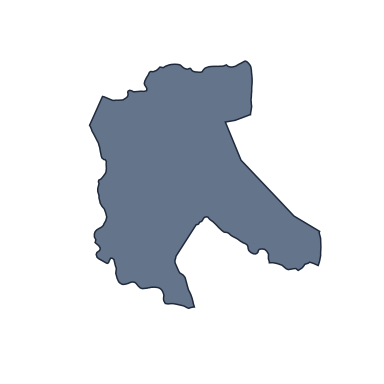 Grace, Laborie, Saint Lucia (Robinson projection), rotated 329°
{"feature_id": "8701671B7232350225457", "entity_name": "Grace", "entity_type": "district", "adm_level": 2, "iso_a3": "LCA", "parent_name": "Saint Lucia", "parent_adm1": "Laborie", "projection": "robinson", "projection_center": [-60.967, 13.776], "detail": "fine", "context": "isolated", "style": "filled", "palette": "slate", "viewbox_px": 384, "rotation_deg": 329, "n_neighbors": 0, "source": "geoboundaries", "source_scale": "gbopen_adm2", "svg_char_len": 5217}
<svg xmlns="http://www.w3.org/2000/svg" viewBox="0 0 384 384"><g transform="rotate(329 192 192)"><path d="M134.8,291.8L135.2,290.2L135.6,288.6L136.3,286.6L137.4,282.9L138.1,279.5L138.4,277.0L138.6,274.0L139.3,271.3L140.8,266.1L142.0,261.8L141.9,260.3L141.6,258.6L140.3,255.9L139.9,255.2L139.8,254.2L139.9,252.6L140.3,249.2L141.0,244.0L141.8,242.4L142.4,241.6L143.6,240.6L145.2,238.8L146.0,238.4L147.0,237.9L178.7,222.2L180.4,222.8L181.2,222.8L183.0,221.8L184.7,222.1L185.6,222.0L186.4,221.6L187.7,220.9L189.5,220.1L190.4,220.3L191.8,220.9L192.7,221.7L192.9,223.2L193.0,224.2L193.3,225.1L193.6,225.8L193.9,226.6L194.3,227.4L194.6,228.1L194.8,228.7L195.0,229.4L195.2,230.2L195.5,231.2L195.8,232.4L196.0,233.3L196.3,234.6L196.6,236.2L196.9,237.4L197.3,238.4L197.4,239.0L197.7,240.1L198.0,240.9L198.3,241.7L198.5,242.2L198.8,242.8L199.4,243.4L199.9,243.8L200.7,244.3L201.2,244.9L201.7,245.4L201.9,245.8L202.4,246.9L202.6,247.6L202.9,248.6L203.0,249.1L203.4,249.9L203.8,250.7L204.2,251.4L204.5,251.9L205.0,252.6L205.5,253.5L206.1,254.4L206.7,255.5L207.2,256.5L207.7,257.9L208.1,258.8L208.5,259.7L209.0,260.5L209.4,261.4L209.9,262.2L210.5,262.8L211.3,264.2L211.7,264.9L211.9,265.6L212.0,266.2L212.0,266.5L211.8,267.4L211.6,268.1L211.4,268.5L211.1,269.2L210.9,269.7L210.7,270.6L210.6,271.1L210.7,271.9L210.7,272.4L211.0,273.2L211.2,273.7L211.5,274.6L212.0,275.3L212.5,276.1L213.1,276.8L213.7,277.2L214.3,277.7L215.1,277.9L215.9,278.0L216.7,277.8L217.6,277.5L218.4,276.6L219.2,276.1L220.0,275.9L220.7,276.1L221.3,276.2L222.1,276.6L222.6,276.9L223.2,277.3L224.7,278.5L225.6,281.2L225.6,284.6L223.1,288.5L222.5,291.1L221.8,292.5L224.7,294.1L227.0,296.1L228.5,297.6L231.4,301.0L232.1,303.0L233.2,306.3L234.5,308.1L239.6,310.1L241.6,311.1L242.6,313.9L243.8,313.9L247.1,313.8L248.9,313.3L251.5,312.1L255.0,312.9L256.8,312.8L259.4,315.8L262.3,320.0L265.0,317.7L266.8,315.8L269.5,312.8L270.7,310.7L274.1,305.6L278.4,297.9L280.0,292.4L281.1,291.5L267.0,265.1L261.3,239.1L250.4,190.0L256.6,149.2L265.9,152.8L281.9,155.7L282.0,155.8L283.6,153.6L283.8,153.5L284.3,152.9L285.0,152.1L285.8,151.1L286.5,150.3L287.1,149.6L287.5,148.7L287.9,147.8L288.6,146.3L289.3,145.0L290.2,143.1L291.3,141.8L292.4,140.2L293.9,137.9L294.8,136.8L296.0,134.8L296.9,133.4L297.8,132.1L298.9,130.6L299.9,129.1L300.5,128.2L301.0,127.3L301.6,126.3L302.2,125.2L302.7,124.1L303.6,122.4L304.1,121.2L304.5,120.4L305.0,119.4L305.6,118.3L306.0,117.1L306.5,116.1L306.8,115.1L307.0,114.1L307.0,112.8L306.9,111.9L306.7,110.7L306.5,109.8L306.3,109.1L306.0,108.4L305.7,107.9L305.2,107.3L304.5,107.0L299.7,106.8L297.5,106.6L295.5,106.6L294.0,106.6L292.8,106.2L291.7,105.9L290.3,105.3L289.3,104.6L288.5,103.9L287.7,102.9L287.3,102.1L287.0,100.8L285.0,100.4L283.6,100.2L279.4,97.9L276.7,96.3L274.1,94.8L271.2,93.4L268.1,92.7L266.7,92.6L265.9,92.8L264.2,93.4L262.8,94.1L262.2,94.1L261.1,93.8L259.5,92.8L257.9,91.6L256.7,90.8L255.1,89.1L254.5,87.7L254.5,86.1L254.1,85.0L253.1,84.7L252.0,84.6L251.4,84.4L250.6,83.8L249.5,82.5L248.8,81.5L247.9,79.0L247.6,77.7L247.0,76.7L245.9,75.6L243.2,73.7L240.3,72.2L237.9,71.3L234.3,70.6L231.4,70.6L228.9,68.4L226.4,69.1L224.0,69.5L220.7,68.9L218.6,67.4L217.1,67.5L214.8,69.1L211.8,70.6L208.7,72.6L207.0,74.4L206.6,75.7L206.7,78.1L206.6,80.0L205.4,81.7L204.5,81.6L202.6,81.0L200.3,79.4L195.0,76.8L193.6,76.1L192.3,74.0L190.9,72.7L189.3,72.6L188.4,73.2L187.5,75.4L186.1,76.9L184.1,77.4L180.2,77.5L176.3,75.5L174.2,74.2L171.5,72.9L170.3,71.5L168.3,68.7L165.8,65.3L164.5,64.0L147.9,75.6L138.5,82.1L138.5,82.5L138.6,83.5L138.5,84.0L138.3,85.3L138.0,87.0L137.7,88.2L137.6,91.5L137.6,92.0L137.1,99.5L137.0,101.7L136.4,103.8L136.2,104.3L135.9,106.0L134.4,109.8L132.7,114.6L132.3,116.5L133.2,118.8L134.3,119.7L134.3,121.7L133.9,122.2L132.6,124.2L131.0,127.2L130.9,127.5L130.4,128.2L128.6,130.5L127.4,131.4L126.7,131.7L124.2,132.8L121.4,133.8L120.5,134.0L120.4,134.0L119.2,133.9L118.2,133.8L117.4,134.6L117.1,134.9L117.0,135.2L116.6,136.9L114.2,139.3L113.0,140.5L111.6,142.8L111.5,143.0L110.4,147.2L109.8,148.2L109.2,149.2L108.5,151.5L108.4,152.0L108.0,153.1L107.6,154.0L107.5,157.8L107.8,159.6L108.0,160.5L108.1,161.3L107.3,165.5L106.4,168.3L106.1,169.5L103.3,172.2L99.9,174.1L99.7,174.3L98.8,175.0L97.3,175.3L96.5,175.5L93.8,175.4L91.1,175.4L89.5,175.8L88.7,176.1L88.2,176.4L86.7,177.7L85.8,179.2L85.2,180.2L85.0,183.3L84.6,183.8L83.9,184.5L83.1,185.4L82.9,185.5L84.4,190.0L84.5,192.6L83.5,194.1L82.3,194.6L79.3,194.9L77.7,196.2L77.0,199.1L77.7,201.2L80.1,205.4L82.0,208.8L82.7,209.6L84.0,209.6L85.7,208.3L88.2,206.8L89.5,207.7L90.3,209.6L89.3,212.8L88.4,215.6L87.8,218.5L84.8,222.4L83.3,227.7L83.0,230.8L82.9,231.1L83.2,232.5L84.2,234.5L84.7,235.2L85.6,235.9L87.2,236.6L88.5,237.0L89.6,237.3L91.2,237.6L92.7,237.8L93.2,237.9L94.4,238.3L95.9,239.5L96.7,240.5L97.1,242.0L97.4,244.4L97.5,244.9L98.2,247.4L98.9,248.4L99.9,249.4L101.7,250.2L104.5,251.5L105.6,251.7L106.4,252.2L107.6,252.5L108.4,252.9L110.9,254.3L113.4,256.2L114.6,257.7L115.3,259.2L115.6,261.0L115.5,262.9L114.9,265.6L114.4,266.5L113.3,267.8L112.4,269.1L111.8,270.8L111.7,273.8L113.8,275.6L116.0,276.6L117.8,277.6L119.2,278.7L121.2,280.5L126.0,285.1L126.9,286.4L128.4,288.9L129.5,290.1L131.0,290.3L133.5,291.1L134.8,291.8Z" fill="#64748b" stroke="#1e293b" stroke-width="1.5"/></g></svg>